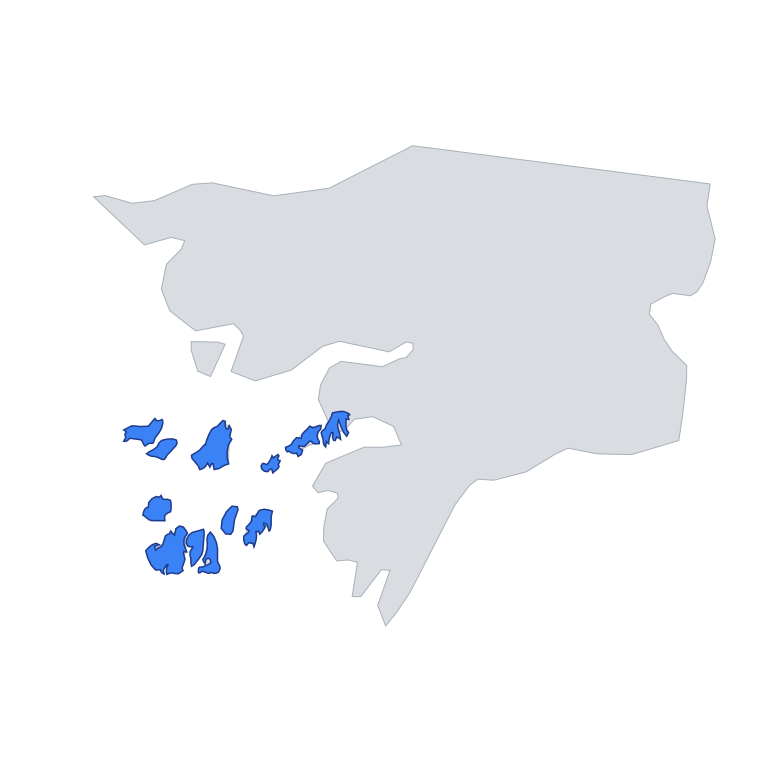 Bolama highlighted on a map of Guinea-Bissau, rotated 7°
{"feature_id": "GNB-770", "entity_name": "Bolama", "entity_type": "Region", "adm_level": 1, "iso_a3": "GNB", "parent_name": "Guinea-Bissau", "parent_adm1": "", "projection": "equal_earth", "projection_center": [-15.897, 11.361], "detail": "fine", "context": "in_parent", "style": "filled", "palette": "blue", "viewbox_px": 768, "rotation_deg": 7, "n_neighbors": 0, "source": "natural_earth", "source_scale": "10m", "svg_char_len": 7205}
<svg xmlns="http://www.w3.org/2000/svg" viewBox="0 0 768 768"><g transform="rotate(7 384 384)"><path d="M73.0,233.6L84.2,231.0L112.0,235.3L133.5,230.1L148.7,221.3L169.3,209.2L189.2,205.3L251.6,210.7L305.8,196.3L346.1,169.1L383.3,144.1L431.5,144.3L483.1,144.6L556.6,145.0L614.8,145.3L683.4,145.7L682.8,168.0L695.0,199.5L693.3,223.0L688.1,245.2L683.6,254.0L677.5,259.1L659.1,258.9L651.4,263.4L639.1,272.1L638.8,282.3L648.6,292.0L656.7,305.7L666.1,316.4L682.2,328.7L683.7,342.5L684.2,377.2L683.5,404.2L638.3,423.9L603.7,427.4L574.3,425.2L561.5,433.5L536.0,453.8L504.8,466.1L488.8,467.0L481.1,474.3L469.1,495.4L435.3,587.5L424.1,609.6L415.1,623.9L404.7,604.4L412.7,568.2L404.0,568.7L386.8,597.9L378.3,598.9L379.4,564.2L369.8,563.0L358.7,565.4L343.2,547.4L341.7,533.9L342.9,515.0L352.3,503.0L351.1,498.0L341.9,496.5L331.7,499.8L325.5,494.1L335.8,469.7L372.0,449.1L390.2,447.0L408.8,442.4L398.6,424.8L376.5,417.8L358.8,422.7L350.0,435.4L339.1,437.5L320.8,407.6L321.2,392.5L327.9,374.8L338.5,366.8L380.5,367.0L396.4,357.0L402.8,355.1L408.9,346.0L407.6,340.0L400.8,339.6L385.1,351.5L334.6,347.0L318.4,354.1L290.3,381.5L255.7,396.6L230.7,390.3L238.7,353.6L235.1,348.6L227.2,342.5L190.4,354.2L162.5,337.4L151.5,317.2L153.4,291.8L166.6,274.6L168.7,266.0L154.8,264.4L129.3,275.1L73.0,233.6ZM195.2,591.0L178.8,595.1L171.3,581.4L170.2,576.1L178.8,571.5L182.6,571.3L189.2,561.3L197.2,554.6L200.8,552.5L204.9,552.9L207.9,574.9L203.9,584.2L195.2,591.0ZM238.9,478.8L229.2,487.4L219.3,483.4L214.0,475.6L214.8,461.8L226.0,442.2L236.1,444.7L238.9,478.8ZM221.5,363.9L210.9,397.7L197.7,394.0L188.5,373.9L187.5,365.4L214.2,362.7L221.5,363.9ZM275.1,547.9L275.1,559.2L266.4,557.1L263.9,553.7L269.0,533.2L276.7,524.1L286.0,525.5L288.8,528.3L287.0,536.2L282.9,542.7L275.1,547.9ZM310.3,459.1L308.4,465.5L296.7,460.1L313.7,436.9L324.8,432.8L324.4,450.7L315.9,454.5L310.3,459.1ZM240.1,584.6L238.2,592.3L226.1,591.1L228.8,583.3L226.2,581.1L229.7,557.8L231.5,554.2L237.3,562.8L238.1,566.4L240.1,584.6Z" fill="#d9dde1" stroke="#a8b0b8" stroke-width="1"/><path d="M208.7,574.7L205.7,574.7L205.7,576.8L207.8,582.1L206.9,587.2L205.9,591.3L207.3,593.7L203.1,597.4L199.4,597.6L195.8,597.3L191.6,599.4L190.9,597.0L190.7,594.7L190.9,592.4L191.6,589.8L190.3,589.8L187.7,595.6L188.9,599.4L186.4,598.4L185.7,597.6L184.7,595.6L180.0,596.5L175.0,592.1L170.5,585.1L167.8,578.5L170.5,574.8L173.8,571.6L177.3,569.9L180.4,570.9L177.6,572.5L176.3,572.8L176.5,574.0L176.7,574.9L177.1,575.7L177.7,576.8L179.6,574.4L181.9,573.0L183.9,570.9L185.5,561.5L187.2,559.8L189.1,558.9L190.3,555.9L191.4,557.3L194.5,559.6L195.1,552.9L198.2,549.9L202.3,550.4L205.8,554.1L207.1,556.2L206.5,557.8L205.2,559.6L204.5,562.4L204.8,566.6L205.7,569.1L208.7,574.7ZM214.2,466.0L214.8,461.4L216.4,455.5L218.4,450.3L220.5,448.1L223.9,446.3L228.5,439.9L231.1,440.4L231.4,444.8L232.9,447.6L234.6,447.8L235.4,444.2L238.0,447.7L237.3,455.1L239.6,457.5L237.1,463.1L236.5,469.8L237.4,476.6L239.6,482.2L235.6,484.1L230.3,488.1L225.8,489.6L224.1,483.9L222.6,483.9L222.3,485.2L221.7,486.6L221.3,487.8L220.6,486.8L219.2,484.9L218.5,483.9L217.3,486.9L215.5,489.1L213.4,490.6L211.5,491.4L209.5,487.8L202.5,481.2L201.6,478.2L208.7,472.6L213.3,466.0L214.2,466.0ZM162.2,470.6L160.9,471.2L158.8,471.2L156.8,472.6L155.8,473.0L155.2,474.1L154.4,474.7L153.1,473.6L150.5,469.6L149.6,468.8L149.2,469.0L138.4,468.8L136.6,471.0L134.9,472.3L132.7,472.6L133.3,470.7L134.2,468.8L132.9,465.4L133.2,464.6L134.2,463.2L132.2,461.6L131.3,461.3L138.9,456.2L147.4,455.9L155.2,454.6L160.7,446.2L161.7,446.6L161.9,446.8L161.9,447.1L162.3,448.1L163.8,448.1L165.3,447.8L166.7,447.2L167.9,446.2L168.6,447.0L169.0,447.9L169.2,450.0L168.6,454.9L167.0,459.0L163.6,465.0L162.8,467.5L162.6,469.1L162.2,470.6ZM288.8,523.8L288.1,528.8L289.2,537.9L288.8,542.8L287.8,543.9L286.5,540.8L284.6,537.2L281.6,536.8L281.7,538.9L283.2,538.9L283.2,540.8L281.6,544.5L280.5,546.4L279.0,548.2L277.8,546.0L277.3,545.3L274.8,546.4L275.9,549.4L276.1,553.4L275.6,557.7L274.8,561.5L274.3,560.3L273.7,559.0L273.2,557.9L272.0,558.1L271.5,558.3L271.2,558.3L270.4,557.9L269.2,557.9L267.2,561.0L265.2,559.6L263.8,555.9L263.4,552.1L264.9,550.3L267.2,548.2L268.0,546.1L264.8,544.6L264.8,542.8L269.2,536.8L269.4,535.6L269.0,532.4L269.2,531.2L270.1,530.9L271.5,531.2L272.7,531.3L273.2,530.3L275.4,524.8L280.3,522.9L285.6,523.2L288.8,523.8ZM353.7,418.9L352.0,419.6L353.4,423.4L350.6,423.4L351.4,430.7L352.4,433.8L354.8,436.6L353.4,440.4L350.3,437.5L347.6,433.5L343.4,425.3L342.8,430.2L344.3,434.8L346.3,439.3L347.7,444.2L346.7,443.6L343.5,442.3L342.5,446.0L340.8,446.0L339.4,443.2L339.3,438.5L337.9,438.5L337.0,441.0L336.4,443.8L336.2,446.9L336.3,450.0L334.5,448.8L333.8,448.1L333.8,453.6L331.7,451.7L330.9,449.3L330.3,446.3L328.8,443.2L327.6,440.1L328.5,438.0L330.9,435.7L331.9,431.6L334.0,427.3L335.9,422.3L336.1,419.6L336.7,418.8L343.7,416.6L346.5,416.2L347.6,416.3L351.4,417.2L353.7,418.4L353.7,418.9ZM183.2,546.4L169.8,547.9L167.1,547.3L161.6,543.8L160.7,543.7L160.9,540.4L161.7,537.7L163.1,535.8L165.1,535.1L164.9,530.4L167.7,526.1L171.7,523.4L174.8,523.8L176.3,521.8L178.2,525.0L180.5,525.3L183.2,524.8L186.1,525.5L187.0,527.5L187.6,531.1L187.9,534.7L187.7,536.8L185.3,538.2L183.3,539.9L182.3,542.4L183.2,546.4ZM229.7,552.1L233.7,556.1L236.8,561.5L238.9,568.1L240.3,580.1L241.7,582.7L243.2,584.7L243.8,587.1L242.8,590.7L240.3,592.4L237.5,592.7L235.4,591.9L233.8,593.2L231.7,593.1L226.2,591.9L225.8,592.5L224.5,593.6L223.2,594.1L222.6,592.8L222.5,590.6L222.6,589.1L223.2,588.3L224.8,588.1L226.9,587.4L232.7,583.8L233.9,582.4L233.0,579.3L230.7,578.3L228.6,579.8L228.3,584.3L226.8,582.5L225.5,580.4L227.3,576.3L228.2,573.0L228.5,569.7L228.3,565.5L227.2,559.3L227.5,555.7L229.7,552.1ZM326.7,432.8L326.6,436.6L324.3,439.8L323.7,443.2L324.9,446.3L326.8,449.1L327.0,451.1L323.1,451.8L320.5,451.4L318.8,449.6L316.9,450.0L316.6,450.7L312.6,455.6L311.5,455.9L307.0,455.6L307.0,457.5L311.3,459.6L310.5,464.0L307.6,466.4L305.7,463.2L303.4,464.0L300.6,463.6L298.3,462.8L297.3,462.2L296.3,463.1L294.5,461.3L294.0,458.8L296.5,457.5L299.2,455.5L301.1,451.4L303.7,447.9L308.5,448.1L308.9,443.9L310.9,440.9L313.5,438.2L315.3,434.9L318.8,436.1L321.9,434.9L324.5,433.2L326.7,432.8ZM224.1,563.4L224.5,571.5L223.9,575.3L221.9,579.4L217.6,586.5L215.2,588.4L214.2,585.2L213.5,580.8L212.3,577.4L212.0,573.8L214.2,569.1L209.5,569.1L207.2,566.4L207.0,562.2L208.7,557.9L211.6,554.8L222.6,550.2L223.4,552.5L223.9,556.2L224.1,563.4ZM166.4,483.9L162.1,484.0L159.7,483.5L156.8,482.2L159.2,479.9L163.0,477.4L166.4,474.1L167.9,469.8L170.2,467.1L175.5,465.1L181.2,464.2L184.8,465.0L185.8,467.8L185.1,470.4L179.0,479.0L177.8,480.3L177.1,481.5L176.6,483.1L175.9,484.6L174.8,485.8L173.1,485.9L166.4,483.9ZM248.0,523.8L253.3,523.7L254.4,526.6L252.2,536.8L252.0,548.3L250.2,551.9L245.1,552.1L240.0,547.1L239.9,538.7L243.2,529.9L248.0,523.8ZM287.4,470.9L287.8,471.5L288.2,472.3L288.8,472.7L290.2,472.6L290.0,473.9L289.8,474.7L288.8,476.5L289.9,478.7L288.9,480.9L284.4,485.8L283.4,483.2L283.2,482.2L281.6,482.2L279.3,485.2L276.0,485.2L273.0,483.2L272.0,480.3L273.0,477.8L274.6,477.5L276.4,478.1L277.4,478.2L279.0,476.2L280.1,473.9L281.0,471.5L281.6,468.8L283.2,470.9L284.2,469.7L287.4,466.9L288.4,468.0L288.4,468.8L287.4,470.9Z" fill="#3b82f6" stroke="#1e3a8a" stroke-width="1.5"/></g></svg>